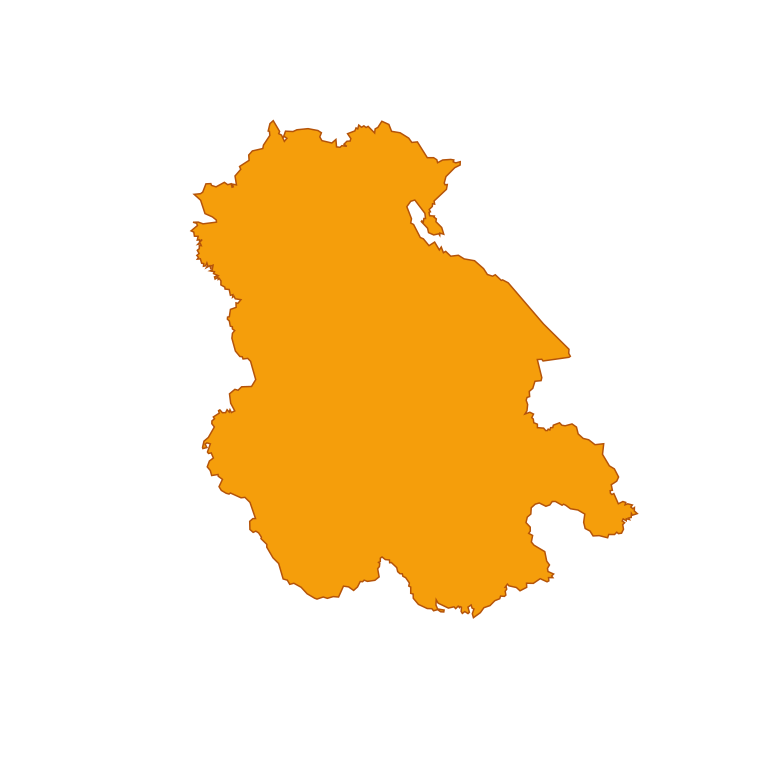 the district of Mohnyin, Kachin, Myanmar, rotated 138°
{"feature_id": "60261553B43552707692155", "entity_name": "Mohnyin", "entity_type": "district", "adm_level": 2, "iso_a3": "MMR", "parent_name": "Myanmar", "parent_adm1": "Kachin", "projection": "mercator", "projection_center": [96.513, 25.308], "detail": "fine", "context": "isolated", "style": "filled", "palette": "amber", "viewbox_px": 768, "rotation_deg": 138, "n_neighbors": 0, "source": "geoboundaries", "source_scale": "gbopen_adm2", "svg_char_len": 6171}
<svg xmlns="http://www.w3.org/2000/svg" viewBox="0 0 768 768"><g transform="rotate(138 384 384)"><path d="M437.5,562.5L438.6,560.9L435.8,557.8L438.8,552.7L436.5,551.5L438.5,549.8L436.8,549.6L437.5,546.8L433.9,542.4L438.6,541.7L439.7,543.3L442.6,539.9L448.2,542.2L453.9,537.5L455.5,538.4L457.0,537.0L456.8,534.3L459.5,529.9L458.4,528.0L459.8,526.4L459.2,523.6L462.7,523.1L466.4,519.8L472.4,507.9L472.7,500.9L471.1,499.1L472.0,496.9L468.1,494.2L468.0,490.1L476.4,473.1L484.1,470.8L491.7,477.2L496.6,477.0L498.4,479.8L505.4,480.1L510.8,472.3L512.9,463.9L516.5,464.9L515.7,467.9L517.8,466.7L517.8,469.9L520.9,468.7L523.3,470.8L523.3,474.6L524.8,474.9L525.9,472.6L532.9,473.7L533.2,471.6L536.6,471.7L538.5,469.7L538.8,465.6L550.3,461.8L556.0,462.0L561.3,458.3L561.8,457.2L558.1,455.3L557.2,459.0L555.0,458.8L553.1,455.7L560.7,451.6L560.9,449.8L558.5,448.4L560.3,443.2L565.3,443.6L570.8,440.7L571.0,436.0L573.3,431.3L567.9,427.8L568.9,426.4L567.9,421.2L575.3,418.1L576.1,413.8L574.4,408.4L572.8,405.9L571.1,405.8L566.4,395.1L563.2,392.8L562.8,385.7L569.5,370.0L571.5,371.7L575.7,371.8L581.0,365.6L580.5,361.3L577.7,360.4L576.8,357.3L577.6,352.2L578.9,351.4L578.4,343.2L580.3,341.2L582.8,329.1L582.4,321.1L589.4,306.6L587.1,302.9L588.1,298.2L584.3,296.2L581.6,288.4L581.5,279.6L578.9,271.3L577.7,269.0L571.7,266.4L569.5,262.6L564.0,260.0L560.3,256.1L549.4,260.9L546.1,257.0L544.7,250.9L539.5,250.9L533.8,253.1L532.2,251.4L530.0,251.5L528.4,248.4L522.1,244.2L516.7,243.9L512.3,251.0L509.6,251.4L507.3,253.4L507.4,255.1L505.6,254.5L503.3,257.0L501.2,256.8L500.5,252.6L497.7,249.6L499.4,247.4L498.0,246.4L497.4,239.0L499.4,235.4L499.1,232.4L497.4,230.7L498.6,228.5L497.5,225.6L498.3,219.1L500.8,217.3L500.0,215.2L504.2,210.6L502.9,208.4L505.6,205.2L505.9,197.2L502.1,188.2L498.8,185.0L498.9,182.3L495.1,180.4L494.3,176.8L492.1,174.6L490.6,175.8L494.7,181.0L493.3,185.0L489.6,188.7L490.4,184.9L486.1,174.4L481.1,171.6L481.0,169.1L477.5,169.3L477.5,167.3L476.4,167.7L475.8,166.3L478.9,163.3L479.3,161.1L476.2,160.8L475.2,157.2L473.3,157.2L470.9,162.0L467.1,161.5L468.5,158.5L467.7,156.6L472.1,154.2L473.9,150.5L465.4,149.6L459.4,150.9L453.5,148.4L446.6,148.8L441.7,147.0L439.3,148.4L436.6,145.6L434.7,145.6L432.6,148.9L430.1,149.4L429.0,151.3L429.9,151.9L426.2,152.7L426.2,150.4L421.8,144.2L421.3,139.3L414.0,137.4L411.4,140.6L406.4,135.9L398.2,134.8L395.2,127.9L393.2,127.4L391.3,130.0L388.1,127.1L387.9,129.2L385.1,129.3L387.6,134.9L385.9,137.6L382.1,138.8L381.6,143.5L376.7,151.8L380.4,163.9L380.2,168.0L374.9,172.0L376.4,176.2L373.7,176.8L371.1,179.8L371.2,186.0L366.6,189.2L361.9,189.1L357.4,193.5L352.0,193.5L348.2,191.7L345.5,184.8L341.7,183.2L337.6,184.1L335.2,182.0L332.8,174.8L331.0,174.5L330.1,172.4L328.9,166.5L324.2,160.6L321.8,153.0L328.2,147.6L331.2,142.0L329.3,136.9L330.3,131.2L325.5,127.3L320.7,120.1L317.7,121.8L313.4,117.9L310.2,118.1L309.9,115.9L307.3,114.2L303.2,115.8L300.7,119.8L298.0,119.9L298.7,122.8L296.5,123.7L295.5,120.3L294.1,121.7L292.3,119.0L292.0,120.8L289.6,119.4L286.8,122.2L287.2,120.3L282.5,118.2L282.9,122.2L280.6,124.6L282.5,124.8L282.9,127.4L280.4,127.9L283.1,131.9L285.7,132.9L283.6,134.2L285.1,136.8L290.0,138.2L286.5,148.8L288.6,149.4L288.8,151.4L287.3,153.4L285.4,152.2L282.5,157.1L276.1,156.1L271.9,157.9L269.6,166.8L271.3,172.4L268.7,185.5L260.7,192.6L267.8,197.7L269.2,205.6L272.4,210.3L273.1,217.0L269.8,223.2L271.0,228.5L277.3,231.7L279.4,234.3L279.5,237.7L285.7,240.1L287.7,238.7L289.4,240.1L291.5,238.9L292.2,240.6L293.7,240.1L295.0,241.2L294.9,244.4L299.2,248.9L296.9,251.5L298.6,255.0L296.5,258.1L296.7,260.1L293.0,261.6L294.5,265.4L299.3,267.4L295.6,268.5L291.0,272.6L289.2,276.8L286.7,278.3L284.2,277.2L281.0,281.3L276.4,281.2L270.0,285.0L265.0,281.4L262.5,283.1L253.7,299.6L250.2,296.8L250.4,294.7L228.7,280.1L227.0,279.9L226.2,283.2L223.3,286.0L225.3,322.1L224.0,376.1L226.2,382.0L227.5,382.5L228.2,390.7L231.2,391.5L233.9,396.2L232.8,403.1L234.2,415.0L240.7,423.3L242.6,429.9L248.9,434.3L249.4,441.3L252.0,441.8L249.8,447.5L253.2,446.6L251.4,455.6L258.0,456.7L257.6,465.5L259.0,468.6L255.3,482.7L256.4,485.8L253.0,488.4L248.4,500.5L241.9,501.9L238.0,500.1L239.4,483.5L242.4,479.2L243.6,480.3L246.7,477.8L246.7,479.9L247.6,479.7L247.4,470.6L249.6,466.7L247.3,461.5L242.8,459.0L243.1,457.2L241.5,458.8L239.4,455.3L236.4,461.7L236.8,469.9L234.6,471.7L235.2,474.5L234.2,475.1L237.5,478.5L235.7,481.4L234.3,480.9L233.6,483.5L229.3,483.6L227.3,485.5L226.0,483.8L224.3,486.5L207.3,486.9L203.5,489.9L205.3,491.2L204.8,493.0L199.2,496.7L186.7,497.4L180.9,495.8L178.6,498.2L182.7,500.3L183.9,502.8L182.2,503.8L184.1,506.2L190.5,511.2L196.1,512.6L194.7,515.3L195.7,519.0L200.4,523.2L197.2,541.6L201.7,544.9L201.1,550.2L203.9,559.9L209.3,566.7L206.7,573.6L209.8,580.7L216.8,578.8L219.9,579.5L223.0,576.8L223.4,586.1L225.7,586.6L226.2,589.3L228.9,589.8L229.5,593.3L232.8,591.2L233.4,593.0L236.3,591.6L243.6,594.4L244.4,588.6L246.6,587.2L249.1,589.2L253.3,589.0L252.6,585.5L255.8,589.3L258.3,589.3L260.6,592.0L256.1,597.9L261.5,598.0L267.3,606.4L266.4,610.6L262.4,612.6L263.5,616.6L269.6,624.6L278.6,631.2L282.7,632.5L288.0,637.8L293.7,634.7L292.4,634.4L291.7,631.5L295.7,631.0L293.6,637.5L294.7,640.5L292.6,641.5L290.1,653.8L294.5,653.8L300.8,649.5L300.1,648.4L302.5,645.1L313.7,642.2L316.5,640.1L325.9,645.3L331.3,644.7L334.6,640.5L345.8,642.3L346.8,639.4L355.5,638.3L360.4,630.7L362.9,634.0L364.1,631.4L365.2,631.9L363.6,635.1L366.8,636.7L367.7,640.7L376.9,642.9L379.3,647.0L378.6,648.8L382.4,651.9L390.3,647.9L393.0,648.2L398.2,652.0L397.3,643.3L403.0,630.4L399.7,623.0L398.9,618.1L400.2,616.4L411.3,624.1L413.7,628.6L417.7,632.0L415.7,628.8L416.6,626.6L424.9,626.9L423.7,624.2L426.0,620.7L423.3,618.1L426.5,615.9L424.8,614.9L425.4,613.8L422.5,613.0L428.8,612.4L426.5,611.2L427.2,609.0L428.6,610.5L430.7,608.2L433.3,608.3L434.1,604.7L437.1,604.8L437.1,602.3L439.2,601.7L436.7,599.9L438.7,595.8L437.4,594.1L439.4,592.3L437.5,591.2L434.6,592.5L435.7,590.0L438.0,589.3L434.2,588.4L435.9,585.2L433.5,587.5L431.5,586.7L435.4,583.7L437.6,584.5L434.9,580.9L436.8,580.1L434.8,575.7L438.3,577.0L439.3,575.0L436.0,574.5L437.3,572.7L435.8,572.6L436.2,569.7L438.9,566.8L437.5,562.5Z" fill="#f59e0b" stroke="#b45309" stroke-width="1.5"/></g></svg>